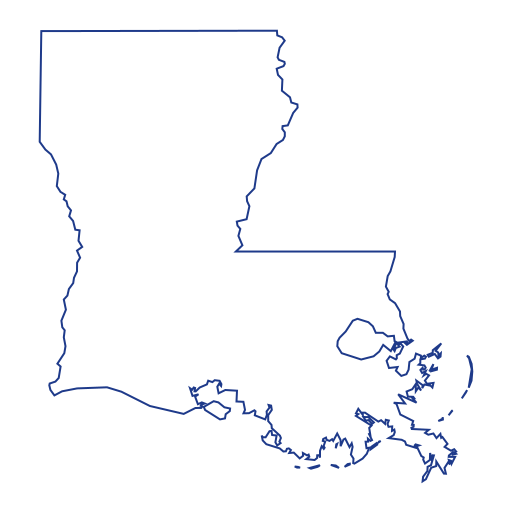 map outline of Louisiana (Equal Earth projection)
{"feature_id": "USA-3535", "entity_name": "Louisiana", "entity_type": "State", "adm_level": 1, "iso_a3": "USA", "parent_name": "United States of America", "parent_adm1": "", "projection": "equal_earth", "projection_center": [-90.64, 30.971], "detail": "fine", "context": "isolated", "style": "outline", "palette": "blue", "viewbox_px": 512, "rotation_deg": 0, "n_neighbors": 0, "source": "natural_earth", "source_scale": "10m", "svg_char_len": 6084}
<svg xmlns="http://www.w3.org/2000/svg" viewBox="0 0 512 512"><path d="M412.7,340.7L406.9,344.8L405.4,343.4L407.7,342.7L406.8,341.4L397.5,342.7L394.6,341.2L393.9,335.8L387.7,336.4L382.9,332.8L375.8,332.8L372.9,326.3L368.4,322.2L357.5,318.8L352.8,320.7L345.7,331.5L339.6,337.7L337.7,341.2L337.3,346.2L341.7,353.2L361.2,359.5L373.6,356.3L379.3,351.5L383.2,344.9L390.8,351.1L395.2,342.7L395.8,344.2L393.5,349.5L394.6,351.1L395.8,348.0L399.6,346.6L397.5,344.2L400.9,343.9L403.2,346.5L399.8,353.6L396.7,355.2L396.8,358.4L395.9,359.4L389.9,356.4L386.6,360.8L389.0,368.0L397.6,367.0L395.9,370.7L401.3,375.9L406.4,374.2L408.6,369.7L409.4,362.0L414.6,358.7L416.0,353.6L420.9,355.6L420.9,357.9L424.3,355.6L426.0,356.7L424.9,358.6L420.3,359.4L420.3,363.2L418.7,364.7L424.4,365.4L425.7,367.6L424.8,369.2L423.2,369.6L422.6,367.8L420.4,370.0L422.1,373.0L425.8,371.1L423.8,375.4L426.1,373.8L429.0,375.4L424.9,380.6L427.9,385.2L424.4,384.5L422.2,388.2L422.7,385.2L416.4,380.6L416.8,382.5L412.3,389.2L406.6,391.5L407.9,396.6L413.2,396.8L414.2,398.2L412.5,398.2L416.5,402.7L398.2,394.3L405.1,403.5L393.7,402.7L396.5,403.9L400.3,414.5L413.2,421.0L412.0,424.8L413.7,424.9L413.6,426.7L411.4,427.8L411.8,429.0L428.8,429.8L425.1,432.9L428.3,434.7L433.4,433.5L436.5,438.1L440.4,433.9L441.2,437.8L442.4,437.0L447.5,443.9L444.6,446.9L451.0,450.7L454.2,449.2L456.1,451.5L454.4,452.3L456.1,453.8L452.7,454.6L452.7,452.3L448.9,455.5L448.7,456.9L455.1,456.9L451.6,463.7L451.0,460.8L448.8,460.0L450.0,464.5L448.2,462.2L444.5,467.9L445.9,473.7L443.9,473.6L436.3,461.5L436.2,466.1L431.2,467.7L425.9,479.2L422.6,481.3L423.1,476.7L427.4,471.0L427.6,466.8L431.0,465.2L433.9,455.4L432.7,455.3L431.6,459.1L430.1,453.0L429.9,460.0L425.0,463.5L423.2,459.6L423.7,457.5L421.3,456.0L416.7,446.2L419.0,445.4L415.6,444.4L414.7,445.4L415.5,447.7L406.2,444.8L405.0,441.5L401.7,439.8L388.7,438.1L393.7,435.1L394.8,432.1L394.3,429.6L392.0,430.9L392.2,426.4L388.5,426.8L387.5,424.0L388.8,420.5L385.8,419.8L385.1,423.9L381.1,420.2L378.3,421.6L365.1,412.7L362.6,412.7L362.8,414.9L358.3,408.8L356.0,413.3L358.3,414.1L355.9,415.9L371.5,425.6L369.2,427.9L370.4,435.5L368.6,433.2L372.0,440.1L370.4,440.9L367.9,438.7L368.1,441.6L365.6,441.7L366.5,448.2L369.2,447.7L366.8,453.8L362.6,458.6L354.4,463.6L353.2,463.1L353.5,458.6L350.9,454.6L352.6,446.9L351.7,443.3L349.5,447.1L345.2,438.6L343.5,439.5L340.6,446.2L340.6,440.1L337.2,433.5L333.2,440.9L332.1,439.2L329.5,440.9L326.6,439.8L326.0,437.6L323.2,439.0L322.8,440.9L325.2,441.6L323.6,446.1L324.6,447.7L323.8,448.9L321.7,446.2L320.0,450.8L320.0,457.6L319.1,455.2L317.2,455.3L317.1,458.0L314.6,460.0L306.3,459.1L309.3,456.7L308.6,454.6L307.1,455.4L302.9,453.0L303.1,455.8L299.7,458.4L293.8,452.6L289.2,453.0L290.9,450.0L288.8,448.4L286.9,448.8L285.9,451.3L283.4,451.5L279.7,448.4L266.3,444.2L262.7,440.4L261.7,435.5L262.6,437.2L265.6,437.3L269.5,431.2L271.5,430.9L272.1,435.0L276.6,435.5L275.4,442.3L277.2,445.4L280.6,443.1L279.4,441.6L280.9,438.0L279.9,435.6L271.8,428.2L271.5,424.9L268.2,421.1L268.2,415.1L271.8,409.9L271.1,405.6L268.6,405.0L269.5,407.6L266.6,411.4L266.9,414.9L265.2,419.4L254.8,415.3L255.5,411.3L254.4,410.3L249.0,413.2L243.5,413.3L245.0,409.9L243.4,401.8L236.5,401.5L237.0,390.7L225.3,390.0L218.6,393.3L217.3,386.7L219.1,383.7L221.1,386.0L221.4,384.1L219.6,380.8L214.7,380.2L212.4,382.1L208.2,380.7L206.9,384.4L199.7,387.5L195.7,391.4L194.5,391.3L195.1,388.0L193.7,387.5L192.2,389.7L190.0,388.2L192.5,395.9L198.5,394.3L195.1,396.6L197.9,404.2L201.8,402.4L204.7,403.5L201.2,404.7L200.7,405.8L202.4,406.5L201.3,407.9L195.4,408.0L183.7,413.9L149.9,406.0L121.4,391.7L107.0,387.3L77.1,388.4L62.1,391.3L54.4,395.4L50.4,389.9L49.3,385.3L49.7,383.5L55.4,381.6L58.7,378.0L60.6,366.5L57.4,363.7L64.3,353.2L65.5,346.2L63.8,337.3L64.7,330.3L62.3,327.3L61.4,320.7L65.9,309.7L63.8,299.5L67.4,295.6L68.9,289.0L73.2,283.1L74.0,277.8L77.0,271.4L77.1,262.7L80.1,257.7L77.0,250.6L82.2,246.9L78.5,240.8L79.6,230.3L75.3,229.7L73.1,221.0L69.2,216.3L71.0,210.4L67.7,206.3L66.5,201.3L63.8,199.4L65.2,194.8L60.5,191.9L56.8,186.1L58.3,173.6L56.2,164.6L51.0,154.4L45.4,149.6L39.7,141.8L41.3,31.1L276.9,30.7L277.3,35.4L282.1,37.3L284.7,40.7L279.6,47.7L277.6,57.3L278.9,59.8L284.4,61.9L284.8,63.8L283.5,66.1L276.7,68.7L278.0,74.9L282.4,79.5L281.9,90.7L290.0,97.3L291.3,102.5L297.4,104.4L297.6,107.6L293.2,112.9L287.8,125.4L282.6,126.1L282.3,129.0L284.8,132.3L284.8,136.3L282.9,140.0L276.6,144.0L270.8,153.1L261.5,159.0L257.1,170.3L254.4,188.4L246.7,196.4L247.1,201.2L249.4,206.2L246.6,219.2L236.8,221.6L237.5,225.6L240.3,228.9L238.4,235.9L242.4,245.3L235.9,251.5L395.0,251.5L394.7,257.0L390.4,271.4L387.7,276.1L385.9,286.6L388.7,291.8L387.6,294.1L389.8,299.4L395.1,303.2L400.0,311.5L400.2,316.1L403.6,324.0L403.4,328.6L407.5,338.6L409.4,341.1L411.1,339.6L412.7,340.7ZM225.0,418.4L220.0,419.4L205.1,410.0L203.8,406.9L213.7,401.2L218.4,402.4L224.4,407.3L230.1,408.5L229.8,411.1L225.7,414.2L225.0,418.4ZM440.8,353.3L440.5,356.6L438.0,358.4L434.8,354.0L428.8,356.7L427.7,354.8L432.7,352.8L432.8,350.2L441.3,343.4L435.6,350.8L438.2,352.5L438.5,355.6L440.8,353.3ZM373.9,422.4L372.1,423.9L368.5,420.1L365.8,420.6L363.4,417.0L368.3,417.1L373.9,422.4ZM467.0,355.6L468.9,356.9L471.6,363.9L472.3,371.5L471.5,380.7L468.7,387.7L471.7,369.3L469.1,358.4L467.0,355.6ZM417.0,383.7L421.1,390.5L418.4,387.5L415.8,391.3L415.8,385.0L417.0,383.7ZM428.5,383.6L433.5,382.9L432.4,387.5L428.5,383.6ZM309.5,468.0L319.9,465.2L318.7,466.2L317.4,466.9L311.0,468.7L309.5,468.0ZM376.6,443.1L377.2,444.6L370.9,449.2L371.5,446.7L376.6,443.1ZM335.8,465.5L339.0,467.9L330.8,464.9L335.8,465.5ZM437.0,367.8L436.9,369.7L432.1,371.0L433.3,369.1L437.0,367.8ZM433.4,364.1L431.9,368.5L429.3,371.4L433.4,364.1ZM344.6,466.8L347.6,464.1L349.8,463.7L349.8,464.5L344.6,466.8ZM442.8,417.2L442.9,419.6L438.3,421.0L442.4,418.8L442.8,417.2ZM337.2,443.8L335.7,448.3L336.3,444.3L337.2,443.8ZM465.8,392.6L461.8,398.4L467.1,390.1L465.8,392.6ZM294.7,466.5L298.1,466.9L300.1,467.6L297.1,467.6L294.7,466.5ZM452.0,410.7L452.6,410.4L448.6,415.3L452.0,410.7ZM379.0,441.6L380.7,441.0L378.6,442.4L379.0,441.6Z" fill="none" stroke="#1e3a8a" stroke-width="2"/></svg>